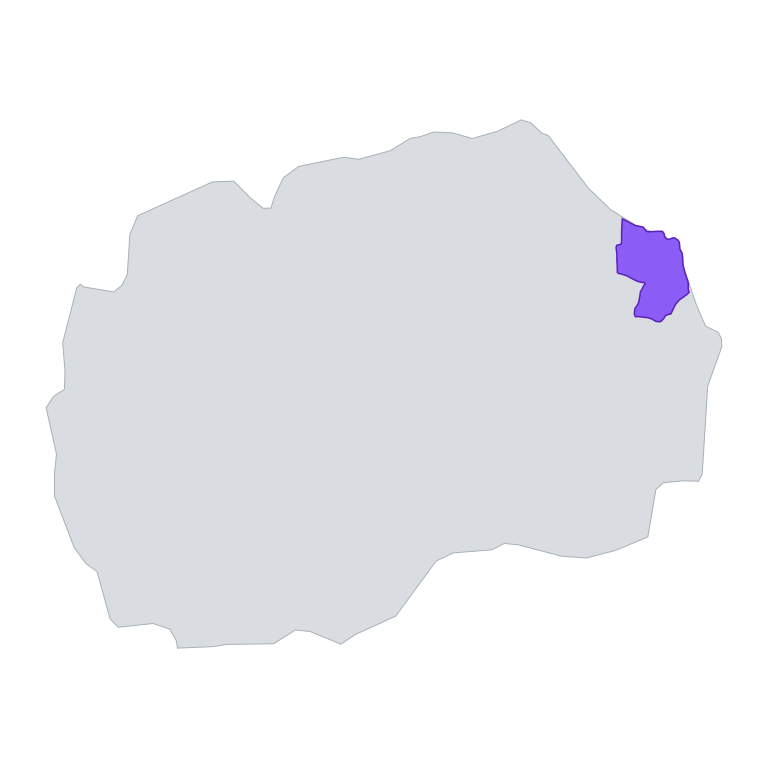 North Macedonia, with Delčevo highlighted
{"feature_id": "MKD-3005", "entity_name": "Delčevo", "entity_type": "Statistical Region", "adm_level": 1, "iso_a3": "MKD", "parent_name": "North Macedonia", "parent_adm1": "", "projection": "orthographic", "projection_center": [22.736, 41.933], "detail": "fine", "context": "in_parent", "style": "filled", "palette": "violet", "viewbox_px": 768, "rotation_deg": 0, "n_neighbors": 0, "source": "natural_earth", "source_scale": "10m", "svg_char_len": 2208}
<svg xmlns="http://www.w3.org/2000/svg" viewBox="0 0 768 768"><path d="M344.0,157.3L358.6,159.3L390.3,150.7L410.1,138.4L420.2,136.7L433.6,132.0L452.7,132.9L472.2,138.5L496.9,131.5L521.3,119.9L531.0,122.9L541.5,132.9L548.4,135.7L588.6,188.4L610.7,209.7L636.7,225.9L666.6,237.7L677.3,249.0L696.4,304.9L705.6,326.2L718.3,332.4L721.4,338.6L721.9,346.6L707.7,386.0L702.2,474.2L698.6,481.2L683.5,480.8L663.5,482.7L655.9,489.5L647.8,536.9L615.6,550.4L586.3,558.0L561.6,556.2L518.3,544.8L504.2,543.5L492.0,549.8L453.3,552.9L436.2,561.0L395.7,616.1L354.9,634.7L340.9,644.2L310.1,631.5L295.3,630.0L273.6,643.8L226.6,644.4L213.8,646.6L177.5,648.1L176.2,640.4L169.7,629.1L152.9,623.5L118.3,627.2L110.1,618.9L97.0,571.5L86.1,563.7L74.1,547.5L54.5,495.9L54.5,473.5L56.5,454.0L46.1,407.8L53.5,396.4L64.4,389.4L65.0,370.9L62.7,342.8L76.7,288.1L80.3,284.2L83.5,286.9L113.9,292.0L122.0,285.2L127.3,274.5L129.9,234.3L137.6,215.8L212.1,182.0L233.7,181.1L250.1,197.7L263.1,208.3L271.0,208.1L274.1,197.7L283.3,177.7L298.7,166.4L343.6,157.2L344.0,157.3Z" fill="#d9dde1" stroke="#a8b0b8" stroke-width="1"/><path d="M622.3,218.8L635.1,225.4L642.9,227.0L644.1,228.1L645.1,229.6L646.2,231.1L648.0,231.8L659.9,231.2L662.6,231.5L663.8,233.0L664.4,235.3L665.3,237.7L667.3,239.3L669.2,239.2L673.2,237.8L674.7,237.9L677.6,239.9L679.1,241.7L679.6,244.1L679.6,244.3L679.9,249.0L682.0,252.9L682.6,256.7L683.1,265.2L685.1,273.3L687.9,281.4L688.3,283.8L688.2,289.0L688.9,291.7L689.2,292.1L688.4,293.0L687.3,294.2L684.1,296.6L679.4,299.9L676.0,303.8L674.3,306.8L672.2,311.3L670.8,314.0L668.6,314.4L665.6,315.5L663.7,318.6L661.1,321.4L658.9,321.8L656.5,321.5L655.9,321.4L651.6,318.9L647.8,317.7L642.4,317.1L637.9,316.6L635.3,316.7L634.6,314.9L634.4,314.4L634.6,310.9L635.0,308.3L636.9,305.8L638.6,302.6L639.7,296.9L640.4,291.9L642.7,287.8L643.7,285.5L644.8,284.5L644.8,282.6L643.9,282.5L642.3,282.5L639.9,282.0L636.7,281.1L631.6,278.4L626.6,275.7L621.3,274.1L618.4,273.4L617.3,272.4L617.3,269.4L617.2,265.5L616.9,260.8L616.9,255.3L616.7,253.0L616.1,247.2L616.8,245.3L618.0,244.8L619.2,244.7L620.7,244.3L621.4,243.3L621.5,240.8L621.6,237.5L621.6,232.4L621.8,227.2L622.1,222.2L622.3,218.8Z" fill="#8b5cf6" stroke="#5b21b6" stroke-width="1.5"/></svg>